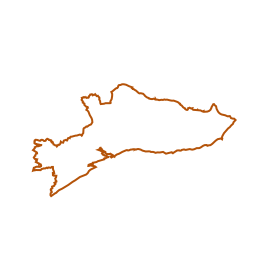 the district of Dundalk-Carlingford Lea-6, Louth, Ireland, rotated 340°
{"feature_id": "5873133B30233967473277", "entity_name": "Dundalk-Carlingford Lea-6", "entity_type": "district", "adm_level": 2, "iso_a3": "IRL", "parent_name": "Ireland", "parent_adm1": "Louth", "projection": "equal_earth", "projection_center": [-6.343, 54.045], "detail": "fine", "context": "isolated", "style": "outline", "palette": "amber", "viewbox_px": 256, "rotation_deg": 340, "n_neighbors": 0, "source": "geoboundaries", "source_scale": "gbopen_adm2", "svg_char_len": 5794}
<svg xmlns="http://www.w3.org/2000/svg" viewBox="0 0 256 256"><g transform="rotate(340 128 128)"><path d="M31.2,116.3L34.0,119.8L34.0,120.4L33.9,120.7L33.2,120.4L31.4,122.0L31.4,122.4L30.7,122.6L29.4,123.5L29.8,125.1L31.8,126.3L30.6,127.2L31.1,127.5L30.5,128.5L30.0,128.7L32.5,131.2L32.0,132.0L33.5,132.4L33.6,133.4L33.2,134.2L32.0,134.4L28.9,133.1L27.5,133.1L26.9,133.4L25.9,133.2L24.2,135.6L25.8,135.6L25.9,135.8L26.3,135.7L26.6,136.0L27.4,136.1L31.5,137.7L32.8,137.0L34.4,137.2L34.9,137.1L36.3,137.7L38.1,137.5L38.8,138.2L39.4,137.9L39.9,137.9L41.8,139.0L43.0,138.5L44.1,138.9L43.4,141.3L43.5,143.5L43.2,145.2L42.0,144.6L41.4,146.5L41.8,146.7L41.7,147.2L42.3,147.6L43.1,147.8L43.5,148.1L44.3,148.4L43.5,149.8L42.3,150.6L42.1,153.1L42.5,153.3L42.4,153.9L40.1,154.3L40.2,154.9L40.9,155.3L40.7,155.8L38.6,156.9L38.6,157.1L36.6,157.1L36.4,158.7L36.0,158.9L35.1,158.8L34.5,159.2L34.6,159.5L34.1,160.5L34.5,160.9L34.5,162.1L33.1,162.8L32.6,163.5L32.2,164.8L32.5,165.7L36.8,164.5L38.5,164.3L39.8,163.6L42.1,162.8L45.3,162.5L52.4,161.1L57.4,159.7L60.5,159.1L66.1,157.6L72.9,157.4L74.9,156.5L76.5,155.1L78.6,154.3L84.4,153.7L83.8,152.7L81.8,151.5L82.4,151.4L81.6,150.4L81.8,149.9L80.2,149.9L78.6,150.3L77.8,150.1L78.3,149.2L78.9,149.1L81.0,149.1L81.9,149.3L82.1,149.6L82.8,148.8L83.1,149.1L83.3,148.7L86.8,149.2L88.3,148.9L94.9,149.3L95.1,148.6L95.5,148.4L96.6,148.8L97.7,148.5L100.4,148.7L98.0,148.4L98.5,148.2L98.3,148.1L98.5,147.8L98.1,147.7L98.0,147.4L98.1,147.0L98.4,146.9L98.3,146.7L96.7,146.0L96.2,145.4L96.2,145.0L95.2,144.4L94.9,143.0L96.2,142.6L96.3,142.1L96.0,141.4L95.5,141.2L95.4,140.8L94.5,140.1L94.3,139.6L93.4,139.1L93.3,138.8L93.0,138.7L92.5,138.3L94.4,138.3L94.5,137.5L95.1,137.1L95.5,137.2L95.4,138.1L95.8,138.2L96.1,138.6L96.0,139.0L96.6,140.7L98.5,142.7L98.1,143.5L98.8,144.7L100.0,145.6L102.0,146.2L102.6,146.1L104.4,148.3L104.0,148.5L103.3,148.5L102.8,148.8L102.4,148.8L102.6,149.0L102.1,149.5L102.3,150.0L103.6,149.8L105.3,150.0L105.5,150.3L105.8,149.9L108.3,149.1L110.9,149.1L114.5,148.5L118.6,148.3L119.5,148.4L120.0,148.9L121.1,149.3L123.1,149.2L124.5,149.6L125.6,149.7L126.9,150.3L127.1,150.1L126.9,150.5L127.3,150.4L127.9,151.0L129.5,151.0L130.9,151.5L131.9,152.2L132.1,152.0L131.9,152.2L132.5,152.6L133.9,154.2L136.6,156.1L139.4,157.0L140.6,157.5L141.3,158.3L143.3,159.0L144.4,159.8L145.3,160.7L147.3,161.0L149.6,161.9L152.8,162.5L154.9,165.1L160.7,165.7L161.2,166.2L161.3,166.9L161.1,166.9L161.3,166.9L160.7,167.5L161.4,167.0L166.4,165.9L168.4,166.5L169.1,167.1L170.3,167.3L171.0,167.0L173.3,167.3L174.3,168.1L175.2,168.4L178.7,168.9L179.6,169.4L180.0,169.8L181.3,170.4L183.2,170.6L185.7,170.4L188.2,171.3L189.8,171.1L192.5,170.4L194.1,170.3L195.9,170.8L196.3,171.1L196.3,171.6L196.6,171.9L198.1,171.9L199.6,172.3L201.8,171.7L206.0,169.9L208.4,169.2L211.6,169.6L212.5,170.8L212.7,170.5L212.3,170.4L211.9,169.7L212.6,169.6L213.8,168.0L216.4,165.7L222.0,162.6L224.0,162.0L225.8,160.9L228.1,160.0L229.1,158.7L231.8,157.3L230.9,155.5L229.6,155.0L228.2,153.9L227.8,151.7L227.1,151.4L226.0,151.3L225.5,151.0L223.7,149.3L220.6,147.3L219.6,146.3L218.6,144.6L218.2,143.3L217.8,140.2L218.2,137.7L217.3,136.3L217.0,135.0L216.3,134.8L213.5,137.1L213.4,137.5L211.7,139.1L210.0,139.7L208.1,139.7L204.7,138.7L204.4,138.4L204.7,137.9L203.6,137.9L202.2,136.3L200.0,135.3L199.7,134.6L199.2,134.9L195.5,133.2L194.7,131.8L195.1,131.4L193.9,131.2L192.8,130.0L191.7,130.1L190.6,129.5L191.5,130.2L190.1,131.3L189.1,130.9L188.3,129.9L188.5,129.5L189.3,129.4L188.4,129.4L186.9,127.4L186.2,125.3L185.4,124.4L185.3,123.4L185.0,123.5L184.2,121.4L183.2,120.3L180.3,117.9L178.7,117.4L177.1,116.5L174.4,114.7L172.7,114.2L171.9,113.6L170.5,113.6L169.0,112.9L166.8,112.5L165.5,111.5L164.0,110.9L163.8,110.1L163.6,110.5L163.3,110.5L162.3,109.3L160.5,109.1L158.6,108.1L158.3,107.7L157.6,107.3L157.3,106.7L156.8,106.7L157.2,106.5L156.1,105.5L154.9,103.5L154.8,102.9L153.9,101.0L151.9,99.7L150.6,99.4L150.0,98.8L148.3,95.6L147.1,94.2L146.6,93.3L145.8,93.0L145.8,92.5L145.3,91.9L146.0,91.3L143.5,89.3L141.0,86.7L139.1,85.5L137.4,84.9L135.6,85.0L134.2,84.6L133.5,84.9L132.3,86.4L131.5,86.8L130.9,86.6L129.8,86.8L125.6,88.3L124.7,88.4L124.8,90.6L124.0,92.6L122.5,95.3L120.6,96.9L120.3,97.7L120.4,98.1L120.1,98.6L119.4,98.5L115.3,97.0L113.8,97.0L110.6,96.2L110.5,95.3L111.0,93.1L110.7,91.4L111.2,90.8L111.2,89.9L111.5,89.5L110.9,88.4L110.7,87.4L109.5,87.3L108.7,85.0L107.9,85.4L107.0,85.1L106.2,85.2L106.2,84.7L105.8,84.6L105.6,83.9L104.0,83.7L103.9,84.0L102.3,84.7L101.5,85.9L101.0,86.0L100.2,85.6L99.6,85.6L99.5,85.1L97.7,84.5L97.8,84.2L96.9,84.2L96.7,83.8L95.0,83.9L95.1,84.5L94.0,85.7L94.6,87.3L94.3,88.2L94.6,88.4L94.4,88.7L94.7,88.9L94.7,89.5L95.4,90.2L94.9,91.4L96.1,93.8L97.2,94.4L97.2,95.1L96.9,95.0L95.1,96.7L95.9,97.7L96.4,99.1L96.5,102.9L97.1,106.1L97.1,107.9L96.5,110.4L94.5,112.0L92.3,112.1L90.2,112.8L89.4,112.3L88.2,112.9L87.2,112.9L86.5,113.1L85.9,113.6L84.2,117.5L82.9,118.3L82.4,119.1L81.9,119.4L81.4,118.4L80.4,117.7L77.4,117.6L76.0,117.2L72.0,116.9L71.3,116.6L70.4,116.9L69.9,117.5L69.7,117.2L68.1,117.1L67.3,118.2L66.4,118.9L65.8,118.3L65.6,117.9L63.4,117.9L62.1,119.6L60.7,118.9L60.2,117.9L59.0,119.6L58.1,120.2L57.5,120.3L56.9,119.9L55.0,120.9L55.0,119.9L53.8,119.6L52.8,118.2L52.4,118.0L52.4,115.9L51.9,116.0L51.6,115.8L51.5,115.4L52.2,115.3L51.8,115.2L51.7,114.6L51.2,114.5L51.2,114.3L51.6,114.3L51.3,113.8L51.6,113.4L51.3,113.0L50.9,113.1L49.6,112.2L49.6,111.6L48.4,110.5L47.0,111.0L46.8,111.3L46.1,111.8L45.3,111.7L44.6,111.4L43.9,110.2L43.0,109.6L42.1,109.5L41.4,110.0L40.5,109.7L38.5,108.1L37.2,107.5L36.5,108.0L36.3,107.7L36.0,107.8L35.7,108.7L35.2,109.1L35.3,110.2L35.0,110.4L35.2,110.8L36.0,111.6L36.7,111.8L36.7,112.5L38.4,112.9L39.5,113.8L40.6,114.3L40.5,114.5L37.7,114.5L36.0,114.0L33.8,114.2L33.5,115.1L31.2,116.3Z" fill="none" stroke="#b45309" stroke-width="2"/></g></svg>